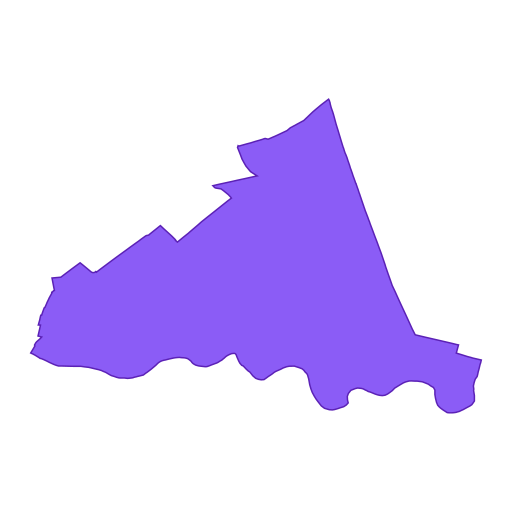 Odoreu, Satu Mare, Romania (Robinson projection)
{"feature_id": "2599482B64925111842123", "entity_name": "Odoreu", "entity_type": "district", "adm_level": 2, "iso_a3": "ROU", "parent_name": "Romania", "parent_adm1": "Satu Mare", "projection": "robinson", "projection_center": [22.987, 47.81], "detail": "fine", "context": "isolated", "style": "filled", "palette": "violet", "viewbox_px": 512, "rotation_deg": 0, "n_neighbors": 0, "source": "geoboundaries", "source_scale": "gbopen_adm2", "svg_char_len": 5757}
<svg xmlns="http://www.w3.org/2000/svg" viewBox="0 0 512 512"><path d="M477.1,376.6L477.6,374.8L478.2,371.9L479.0,369.0L480.1,364.3L480.6,363.0L481.3,360.0L472.6,358.0L471.1,357.5L467.6,356.6L462.2,354.9L456.3,353.1L458.5,344.9L456.5,344.5L452.1,343.4L438.8,340.3L425.7,337.3L415.2,334.8L412.2,328.9L408.5,320.8L405.8,314.9L403.1,309.1L400.4,303.3L397.7,297.4L395.1,291.6L392.2,285.5L390.3,280.0L388.2,274.1L385.5,266.3L385.3,265.4L383.2,259.2L381.1,253.0L379.0,247.4L377.0,241.9L374.8,236.2L372.5,230.0L370.0,223.4L369.5,221.8L368.6,219.6L368.0,217.8L367.3,216.0L366.2,213.1L365.2,210.6L364.7,209.0L364.1,207.4L363.6,205.8L363.0,204.1L362.4,202.3L361.8,200.6L360.8,197.6L360.2,195.9L359.7,194.3L359.0,192.5L358.1,189.6L357.4,187.7L356.9,186.2L356.3,184.5L356.0,183.4L355.7,183.2L355.2,181.8L355.1,181.3L354.6,180.0L354.0,178.3L353.4,176.7L352.8,175.0L352.3,173.3L351.8,172.0L351.2,170.2L350.9,169.4L350.6,168.7L350.2,167.5L350.0,166.7L349.3,164.5L348.0,160.8L347.0,157.6L345.7,154.3L345.2,153.3L344.5,151.3L344.1,150.0L343.5,148.0L343.2,147.4L342.1,143.9L341.0,140.3L340.0,136.9L339.1,134.0L338.2,130.9L337.1,127.4L336.0,123.8L335.2,120.8L334.4,117.8L333.5,114.5L332.7,111.9L331.2,107.7L330.2,103.9L330.1,103.1L330.0,102.6L329.6,101.5L329.3,100.4L328.9,99.8L328.6,99.2L326.7,100.6L321.1,104.9L315.6,109.5L312.8,111.9L310.6,114.0L303.8,120.5L290.3,127.8L287.0,130.6L283.4,132.3L277.7,135.0L274.4,136.5L272.7,137.2L270.9,138.0L268.1,139.2L265.4,138.5L264.9,138.5L263.3,139.0L262.9,139.2L259.6,140.2L255.0,141.5L250.6,142.9L247.1,143.8L240.3,145.7L238.7,146.1L238.1,145.7L237.7,146.9L237.5,147.4L240.4,154.7L242.0,159.0L244.1,162.9L246.0,166.2L247.2,167.6L249.4,170.3L250.6,171.7L253.7,173.7L257.1,175.9L244.5,178.7L237.5,180.2L230.4,181.8L219.3,184.2L212.9,185.7L213.2,186.0L214.0,186.9L214.6,187.5L215.3,187.9L216.0,188.1L220.4,188.8L221.2,189.0L221.6,189.3L223.5,190.7L228.3,194.6L229.8,196.2L230.4,196.8L231.4,198.1L228.1,200.6L221.7,205.7L217.7,208.9L214.2,211.7L207.5,217.0L201.5,221.8L197.9,225.0L193.8,228.5L189.7,232.0L188.4,233.2L184.0,236.7L177.4,242.1L175.7,240.6L175.9,240.5L175.7,240.2L175.2,239.5L171.6,235.9L169.4,233.9L163.8,228.8L160.4,225.6L159.6,226.2L156.4,228.8L154.0,230.7L149.5,234.3L148.8,235.0L147.8,235.3L146.6,235.5L145.7,235.9L141.1,239.2L138.5,241.2L135.8,243.1L130.4,247.0L125.1,250.9L121.1,253.8L117.1,256.7L110.6,261.5L104.2,266.3L100.3,269.2L96.4,272.2L96.2,271.9L96.1,271.7L95.8,271.5L95.7,271.6L94.8,272.3L94.2,272.5L93.5,272.6L92.8,272.6L92.1,272.4L91.4,272.1L85.4,267.1L83.1,265.2L80.1,262.8L71.8,268.9L67.7,272.0L65.7,273.5L60.8,277.2L52.0,278.0L54.4,290.5L53.6,290.7L53.4,290.8L53.3,291.0L53.2,291.2L53.1,291.3L53.0,291.5L52.7,291.7L52.4,291.8L52.0,292.1L51.9,292.1L51.7,292.3L51.7,292.5L52.0,292.8L51.1,294.5L49.1,298.1L49.0,298.4L48.3,299.9L47.0,302.6L46.5,303.9L45.3,306.6L44.9,307.5L44.4,307.6L44.0,308.4L42.9,311.4L41.6,315.2L40.8,315.2L40.4,316.7L39.7,320.0L38.3,325.0L38.6,325.0L40.5,325.1L39.6,329.2L38.2,335.2L38.0,336.0L41.7,337.0L40.1,338.7L36.7,341.7L35.7,342.9L34.5,345.1L34.9,346.0L33.1,349.0L30.7,353.0L31.5,353.4L32.7,353.9L33.8,354.5L35.3,355.3L39.3,357.8L40.1,358.4L41.5,358.7L43.7,359.6L46.9,361.1L49.4,362.4L53.8,364.4L56.2,365.3L57.2,365.6L58.6,366.0L62.0,366.0L69.1,366.2L73.8,366.3L80.8,366.3L84.9,366.9L88.5,367.3L90.8,367.8L93.6,368.5L99.2,369.8L100.0,370.1L101.4,370.5L103.3,371.4L105.6,372.3L109.5,374.6L111.4,375.6L114.4,376.5L116.6,377.3L119.0,377.9L120.7,378.0L124.5,378.0L127.6,378.4L130.4,378.1L132.1,377.9L133.1,377.7L134.0,377.3L134.9,377.1L136.7,376.7L137.6,376.4L139.0,376.1L141.8,375.4L143.4,375.0L145.7,373.2L146.8,372.5L150.4,369.8L151.4,369.0L155.8,365.3L157.8,363.3L158.9,362.4L160.5,361.4L161.9,360.8L164.0,360.2L165.2,360.0L169.1,359.0L171.4,358.5L173.6,358.0L175.6,357.7L177.6,357.5L179.7,357.4L180.8,357.6L182.2,357.7L184.2,357.8L185.9,358.1L187.6,358.6L189.1,359.6L191.2,361.3L191.9,362.4L192.9,363.4L193.9,364.1L195.7,365.1L198.6,365.9L200.0,366.1L201.8,366.3L203.5,366.5L205.3,366.7L206.9,366.6L208.7,366.0L209.8,365.6L211.5,364.9L213.4,364.2L215.3,363.5L217.0,362.9L218.3,362.2L220.3,360.9L221.3,360.4L222.2,359.8L223.3,358.8L224.2,358.1L225.7,356.7L226.8,355.9L228.2,355.1L229.4,354.5L230.6,354.0L231.7,353.6L232.6,353.5L233.5,353.4L234.5,353.4L235.3,353.7L236.0,354.5L236.5,355.7L237.0,357.1L237.8,358.9L238.6,360.8L239.9,363.2L241.7,365.3L243.3,366.0L244.9,367.7L246.0,368.9L248.0,370.8L250.0,372.2L252.8,375.8L255.7,378.3L258.4,379.3L261.2,379.8L264.0,379.6L266.3,378.0L268.3,376.5L270.2,375.3L272.4,373.8L274.1,372.4L275.8,371.4L280.8,369.2L283.3,367.9L286.7,366.7L289.4,366.2L294.3,366.1L296.8,366.9L299.3,367.7L302.1,368.8L303.7,370.1L305.2,372.1L306.7,373.5L307.5,374.8L308.7,378.9L309.7,384.6L310.9,388.8L312.3,392.5L314.3,396.2L316.1,399.1L318.1,401.8L321.3,405.9L324.5,408.3L329.3,409.7L332.3,409.9L334.3,409.6L335.8,409.2L338.2,408.5L339.8,407.9L343.7,406.7L346.3,405.0L348.2,402.9L347.5,400.0L347.3,396.4L348.4,393.4L350.9,390.3L355.2,388.6L357.6,388.0L359.6,388.2L361.4,388.4L363.3,388.9L364.9,389.8L366.9,390.7L368.2,391.5L370.1,392.0L372.1,392.8L375.0,394.0L377.4,394.8L379.5,395.3L382.3,395.6L385.1,395.2L387.6,394.0L389.5,392.7L392.3,390.6L394.7,388.1L398.1,386.0L400.9,384.3L403.5,382.8L405.7,381.9L409.1,381.0L411.3,380.9L414.8,381.1L417.1,381.1L418.5,381.3L422.3,381.8L425.2,382.9L428.4,384.2L430.7,385.9L433.5,387.5L434.9,390.1L434.9,394.5L435.5,398.2L436.5,402.3L437.7,405.2L439.2,406.9L440.9,408.4L443.3,410.1L447.2,412.6L449.3,412.8L451.9,412.8L453.6,412.7L455.9,412.4L457.2,412.0L459.4,411.4L461.6,410.3L463.2,409.6L465.2,408.5L467.2,407.4L469.9,406.0L471.8,404.7L473.2,402.8L474.4,401.0L474.4,398.6L474.4,395.6L473.6,390.5L473.8,389.1L473.4,386.0L474.1,382.7L475.2,379.2L477.1,376.6Z" fill="#8b5cf6" stroke="#5b21b6" stroke-width="1.5"/></svg>